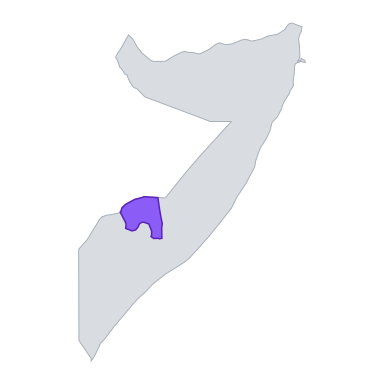 Bakool highlighted on a map of Somalia
{"feature_id": "SOM-2312", "entity_name": "Bakool", "entity_type": "Region", "adm_level": 1, "iso_a3": "SOM", "parent_name": "Somalia", "parent_adm1": "", "projection": "robinson", "projection_center": [43.857, 4.102], "detail": "fine", "context": "in_parent", "style": "filled", "palette": "violet", "viewbox_px": 384, "rotation_deg": 0, "n_neighbors": 0, "source": "natural_earth", "source_scale": "10m", "svg_char_len": 3074}
<svg xmlns="http://www.w3.org/2000/svg" viewBox="0 0 384 384"><path d="M91.2,358.9L90.8,357.9L88.7,354.9L84.9,349.2L82.0,345.0L79.0,340.6L78.9,337.1L78.9,326.7L78.8,305.9L78.8,285.0L78.7,264.2L78.7,253.8L78.7,249.5L79.0,248.9L82.4,245.0L86.9,240.0L92.8,230.4L96.1,225.2L98.7,220.8L99.4,219.5L101.8,216.9L106.3,215.3L109.0,215.0L118.5,213.1L120.0,212.3L120.8,211.3L121.6,209.3L123.4,206.3L125.8,204.3L130.4,201.7L134.8,199.5L135.8,199.1L141.2,197.8L142.5,197.3L144.6,196.8L145.5,196.8L152.9,197.3L158.7,197.6L164.7,198.0L165.4,197.7L169.6,192.6L176.2,184.3L180.5,179.1L187.0,170.9L192.1,165.1L197.6,158.6L203.0,152.6L209.5,145.5L213.6,141.0L220.0,134.0L226.0,127.4L231.4,121.5L224.0,121.5L216.8,121.5L209.6,121.5L208.4,120.8L202.4,118.5L194.8,115.6L185.4,112.1L178.7,109.5L171.5,106.9L164.3,104.2L158.6,102.0L151.5,99.4L145.4,97.1L144.5,96.5L141.1,93.0L136.6,88.4L135.8,88.3L133.6,87.4L131.7,84.9L129.7,81.7L127.9,77.7L127.1,75.0L124.6,73.9L123.5,71.7L121.2,68.6L119.7,67.0L119.2,65.7L118.5,62.9L117.2,59.9L116.0,58.0L115.7,57.2L115.8,56.7L118.0,52.6L119.0,51.1L120.2,49.7L121.1,48.3L121.5,47.4L124.2,42.5L126.6,38.3L128.5,35.0L132.7,38.8L136.9,46.5L141.7,52.7L148.3,58.4L150.9,60.4L153.3,61.4L165.3,61.3L173.9,56.0L181.7,52.2L184.3,51.4L188.8,52.4L193.8,52.7L198.3,53.9L200.5,53.6L209.4,49.2L214.9,44.9L218.7,43.0L220.2,43.0L225.4,44.6L232.1,43.9L241.1,40.2L244.0,39.4L246.2,39.4L251.2,41.0L252.0,41.0L254.7,40.6L261.7,38.9L267.2,36.2L277.4,34.3L285.1,29.4L286.4,27.0L288.7,24.0L292.1,23.0L300.8,26.5L302.1,26.8L301.6,28.9L301.4,31.1L299.6,34.9L298.5,39.0L299.4,45.4L299.9,55.8L299.7,57.3L299.1,58.8L298.9,60.0L297.9,60.4L297.5,61.1L298.2,61.3L300.9,60.2L300.9,59.0L301.0,58.3L303.2,59.7L304.8,60.3L305.3,61.6L305.2,62.5L302.7,62.1L301.4,61.4L297.6,62.5L295.3,63.8L294.7,65.8L294.2,73.9L293.3,79.2L293.2,86.2L290.1,90.8L289.1,94.0L284.6,100.6L282.3,106.1L281.5,108.9L277.6,116.5L272.1,122.4L270.2,129.9L268.3,134.6L266.1,138.8L261.3,146.4L258.8,151.7L255.7,160.8L254.8,166.6L246.1,183.3L237.1,196.7L231.5,208.0L221.4,221.0L207.6,237.9L189.6,257.9L184.7,262.0L164.9,274.4L152.1,284.7L145.6,291.8L138.7,297.9L133.3,303.7L116.8,323.4L115.1,325.3L113.5,327.0L111.4,330.4L110.0,331.7L106.0,337.3L103.6,340.2L100.8,343.1L99.6,345.2L98.8,347.5L97.9,348.8L95.4,354.4L93.2,358.1L91.1,361.0L91.2,358.9Z" fill="#d9dde1" stroke="#a8b0b8" stroke-width="1"/><path d="M144.2,196.7L145.5,196.8L146.6,196.9L147.8,196.9L148.9,197.0L150.0,197.1L151.2,197.2L152.3,197.2L153.4,197.3L154.5,197.4L155.7,197.5L156.8,197.5L157.9,197.6L159.7,210.1L161.2,218.5L162.3,223.7L161.7,227.7L161.9,238.3L159.3,238.8L158.2,238.3L153.8,238.5L151.0,236.6L151.6,235.3L151.6,230.9L151.2,229.9L148.8,224.0L143.8,222.2L142.3,222.2L140.3,223.2L139.4,224.0L137.9,227.2L135.7,229.9L132.0,230.9L125.7,228.4L126.1,224.0L125.3,222.0L120.7,213.1L120.2,212.2L120.9,211.3L121.2,210.5L121.6,208.8L121.9,208.0L122.0,207.7L123.9,206.0L125.7,204.3L128.2,202.9L130.6,201.6L133.1,200.3L134.6,199.5L137.0,198.8L138.7,198.4L140.8,197.8L141.5,197.7L143.4,196.9L144.2,196.7Z" fill="#8b5cf6" stroke="#5b21b6" stroke-width="1.5"/></svg>